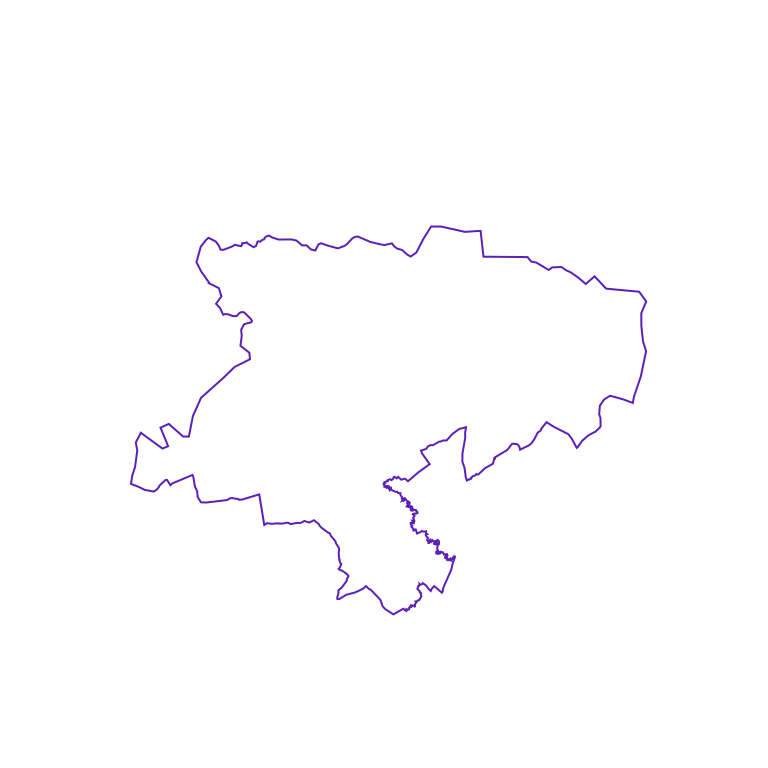 outline of Sabon Gari, Kaduna, Nigeria, rotated 152°
{"feature_id": "59680162B7149387462115", "entity_name": "Sabon Gari", "entity_type": "district", "adm_level": 2, "iso_a3": "NGA", "parent_name": "Nigeria", "parent_adm1": "Kaduna", "projection": "mercator", "projection_center": [7.722, 11.165], "detail": "fine", "context": "isolated", "style": "outline", "palette": "violet", "viewbox_px": 768, "rotation_deg": 152, "n_neighbors": 0, "source": "geoboundaries", "source_scale": "gbopen_adm2", "svg_char_len": 6166}
<svg xmlns="http://www.w3.org/2000/svg" viewBox="0 0 768 768"><g transform="rotate(152 384 384)"><path d="M173.2,250.5L169.1,255.6L153.6,270.2L137.2,289.9L135.2,300.3L129.4,314.7L123.6,325.7L113.7,333.8L115.4,345.7L143.1,363.9L147.5,380.2L158.9,377.6L162.7,387.1L166.8,395.0L169.8,398.9L172.4,404.0L180.8,408.0L185.0,407.3L192.5,419.7L196.6,423.1L197.7,428.7L236.4,449.7L226.8,473.9L241.1,480.3L259.5,496.1L268.4,500.9L281.0,493.7L293.7,484.9L300.6,484.0L302.8,487.5L305.0,493.7L308.8,497.4L310.4,500.8L311.0,504.5L318.3,506.4L322.0,509.3L329.3,515.8L337.9,526.5L340.5,527.5L343.4,527.5L350.9,524.9L354.1,524.5L361.0,525.4L368.8,532.7L373.5,537.8L376.3,538.0L382.0,534.1L385.4,537.2L387.2,542.7L391.2,544.8L393.9,551.7L397.6,554.9L409.3,561.1L413.8,565.7L416.1,569.2L418.5,569.5L420.9,569.1L421.8,568.0L424.0,568.3L426.5,567.7L427.7,568.9L428.8,569.1L432.1,566.0L434.9,566.0L438.1,571.4L438.8,573.5L441.8,574.1L443.1,574.9L444.4,573.2L445.6,572.8L450.3,576.9L453.4,576.7L462.7,577.8L465.2,579.3L464.9,583.3L465.6,588.7L470.3,595.5L473.8,594.6L481.3,591.3L492.4,579.6L492.6,569.0L490.8,555.2L491.2,555.1L484.8,546.2L486.4,537.7L494.6,533.7L493.1,528.2L493.5,520.7L491.7,520.4L489.1,518.9L485.5,514.9L482.2,513.2L478.9,514.4L477.1,514.6L474.6,513.7L473.8,512.7L471.1,504.1L471.0,501.5L472.3,500.8L479.4,502.5L484.6,499.0L487.0,493.3L492.8,485.1L488.2,474.9L490.7,468.8L508.0,469.2L521.9,465.1L552.0,457.7L567.7,445.5L581.0,429.2L586.0,431.9L592.8,449.8L601.8,450.4L603.8,430.4L609.9,431.0L621.6,455.1L630.6,448.9L633.0,441.2L642.7,427.7L649.3,421.3L654.3,414.6L648.8,408.2L645.0,402.9L637.9,397.2L634.5,397.4L631.5,398.5L629.8,399.7L622.2,401.8L620.6,401.2L620.1,394.9L617.5,395.6L595.8,393.6L596.0,391.4L599.1,382.2L599.3,377.1L601.5,371.9L601.2,365.5L596.6,362.8L577.1,355.2L573.5,355.4L571.8,354.7L566.5,350.6L566.5,349.9L563.6,348.6L546.0,345.1L555.9,315.7L552.5,316.0L548.6,313.1L545.0,311.7L539.4,308.5L535.1,307.2L533.8,306.4L532.1,304.1L526.3,302.3L523.0,300.5L518.6,300.4L515.1,296.8L509.8,296.6L507.3,290.8L507.4,289.3L506.8,286.8L503.5,279.8L501.9,277.3L502.2,275.1L500.7,267.9L501.2,266.2L500.8,260.3L501.2,259.0L503.3,256.2L506.0,249.9L505.7,249.7L506.7,247.2L506.2,245.2L509.1,242.6L510.9,242.1L510.8,241.3L508.5,238.6L506.1,233.9L505.5,231.1L508.1,229.5L509.4,227.6L517.0,224.1L521.2,223.2L522.3,220.8L525.5,217.6L526.1,216.1L524.5,215.1L516.2,215.6L507.8,213.6L504.0,213.3L498.0,213.1L495.5,214.0L494.7,213.9L493.5,210.1L492.3,208.5L489.1,197.4L488.5,194.5L489.6,188.4L488.7,184.9L483.9,176.2L472.4,176.5L471.8,174.5L470.8,173.0L470.2,173.3L469.8,174.6L468.6,173.4L467.4,173.4L466.7,174.8L465.3,174.8L464.3,176.1L463.7,175.7L463.9,174.5L462.4,174.9L461.3,174.2L461.5,173.2L461.1,173.1L460.1,174.9L457.8,176.1L458.1,177.1L456.7,176.6L455.4,177.0L454.3,176.7L450.7,178.9L450.0,181.5L449.5,181.8L450.2,183.1L449.8,183.4L449.9,184.6L450.7,187.4L449.7,188.5L448.1,189.2L448.3,189.7L446.8,190.2L446.5,190.9L446.1,189.7L443.5,189.4L443.2,189.8L442.4,188.4L441.3,185.8L440.9,182.2L439.9,179.3L438.0,180.8L434.6,182.0L430.8,172.5L429.5,173.3L427.9,175.5L425.6,177.6L412.1,188.2L407.4,193.4L402.4,198.1L402.8,198.9L403.5,198.1L404.5,198.5L405.0,198.2L405.1,197.0L405.8,196.9L407.1,198.8L407.6,198.7L407.8,196.9L408.7,198.1L409.6,198.2L409.5,198.9L408.7,199.4L410.8,199.0L410.6,200.2L409.5,201.5L410.3,202.2L411.1,201.0L411.6,201.7L411.3,202.7L409.7,203.2L408.4,203.1L408.3,204.3L411.1,205.2L411.0,207.6L411.5,208.2L413.0,208.4L412.6,209.1L412.9,209.5L413.5,209.3L413.6,208.3L414.2,208.1L416.1,208.6L417.4,210.0L416.4,211.6L416.0,211.7L415.4,211.5L415.5,210.7L414.6,210.3L414.4,213.7L412.6,215.9L412.7,217.5L411.5,217.6L410.7,216.9L409.3,219.1L409.6,220.7L409.8,221.1L410.5,221.0L411.6,220.1L411.8,219.0L412.7,219.5L413.0,218.4L413.7,218.2L414.8,219.1L414.8,219.7L412.5,221.3L413.8,221.7L414.6,222.5L414.6,223.2L416.0,222.5L416.0,224.9L417.3,224.7L418.0,222.7L418.9,222.4L419.5,222.9L418.8,223.8L419.2,226.0L417.3,227.6L417.9,228.7L418.1,231.2L417.6,231.6L416.3,231.2L416.8,232.9L416.0,234.2L418.1,234.9L419.9,236.6L421.1,236.0L423.5,236.5L424.8,236.2L425.1,236.5L424.2,240.6L424.8,241.1L426.3,240.5L426.8,240.8L426.2,242.9L426.9,245.1L425.6,245.6L426.2,247.6L425.8,248.8L423.7,248.7L424.0,247.6L423.0,247.0L422.6,247.6L423.0,250.0L422.0,249.4L422.3,248.7L421.4,248.8L421.1,252.2L419.1,253.0L418.8,253.7L418.9,254.3L419.9,255.3L419.7,255.6L417.7,255.3L416.2,254.4L414.9,254.4L414.6,255.6L415.2,256.4L415.0,257.7L416.9,259.0L417.3,258.6L418.3,258.7L419.6,259.9L418.7,262.1L418.2,261.8L417.9,260.7L417.3,260.7L416.8,262.6L418.6,264.0L419.8,263.6L421.4,265.2L420.2,265.9L419.2,265.5L418.8,264.5L418.3,265.0L419.5,267.1L419.7,267.7L419.2,268.2L418.2,267.9L418.3,267.0L417.9,266.7L417.0,267.0L417.7,269.0L418.6,269.9L419.2,273.6L420.5,273.6L421.1,272.4L420.7,272.1L420.9,271.7L421.6,271.6L422.1,272.4L422.9,272.4L421.9,273.2L421.5,274.3L422.0,274.7L421.2,275.5L421.6,278.5L420.7,279.8L422.8,281.2L422.8,282.5L424.6,283.6L427.2,287.1L426.6,289.3L427.5,289.3L428.8,287.8L429.0,290.1L427.8,290.6L427.6,291.2L428.6,292.4L429.6,292.7L430.0,292.4L429.6,291.4L430.4,291.1L432.0,293.3L430.8,294.5L431.4,295.8L430.2,296.8L429.4,296.3L429.4,297.0L426.7,296.9L426.4,296.5L425.8,297.5L423.2,297.0L422.6,295.6L420.0,296.1L419.6,297.0L418.5,297.3L417.8,296.7L417.0,294.7L415.1,295.3L413.7,291.4L409.9,290.6L408.5,286.9L395.0,289.9L381.3,291.8L383.0,304.9L382.6,307.8L377.3,306.9L374.4,308.3L371.6,308.2L369.5,307.0L362.2,307.2L361.0,306.6L358.8,306.5L355.1,304.8L347.1,307.8L338.5,309.0L331.9,307.3L335.2,303.0L337.5,298.4L347.3,285.9L351.2,278.8L352.2,272.4L355.6,263.1L356.2,259.9L353.8,260.0L353.6,259.6L352.0,259.4L351.2,259.7L351.2,260.3L348.8,260.9L347.0,260.4L344.7,261.2L344.3,260.4L343.5,259.8L334.4,262.2L325.2,262.5L322.1,265.9L321.1,265.9L321.1,267.1L306.1,267.9L298.8,271.1L295.1,268.7L294.1,267.1L294.0,264.5L294.7,262.1L284.7,261.8L281.2,262.6L277.2,264.7L271.1,268.9L267.4,269.4L266.0,270.7L258.4,274.0L254.2,266.6L244.8,253.1L243.9,248.1L243.8,237.1L242.8,237.2L235.8,240.8L227.6,242.7L219.2,242.7L213.9,244.3L212.5,245.1L208.9,252.2L208.2,256.2L203.6,263.5L196.9,267.0L189.9,267.5L180.1,258.2L173.2,250.5Z" fill="none" stroke="#5b21b6" stroke-width="2"/></g></svg>